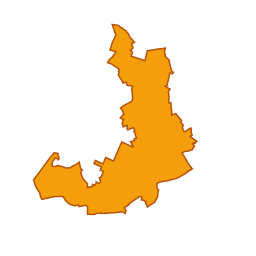 outline of Aba North, Abia, Nigeria, rotated 108°
{"feature_id": "59680162B53329994117155", "entity_name": "Aba North", "entity_type": "district", "adm_level": 2, "iso_a3": "NGA", "parent_name": "Nigeria", "parent_adm1": "Abia", "projection": "mercator", "projection_center": [7.362, 5.109], "detail": "fine", "context": "isolated", "style": "filled", "palette": "amber", "viewbox_px": 256, "rotation_deg": 108, "n_neighbors": 0, "source": "geoboundaries", "source_scale": "gbopen_adm2", "svg_char_len": 4708}
<svg xmlns="http://www.w3.org/2000/svg" viewBox="0 0 256 256"><g transform="rotate(108 128 128)"><path d="M206.6,201.8L206.8,201.5L211.0,198.7L214.0,195.8L216.6,192.3L218.0,191.3L220.2,190.0L222.5,187.8L218.5,181.2L215.9,176.6L213.2,168.7L215.9,165.4L216.2,165.3L218.5,160.3L218.4,154.4L217.7,153.4L217.2,152.3L216.8,151.2L217.9,150.4L217.4,149.6L216.0,146.9L214.6,144.4L214.6,143.9L215.0,142.9L216.0,141.8L217.4,141.4L222.4,140.0L221.9,137.8L221.0,134.4L220.4,133.1L219.3,131.8L218.7,131.2L218.0,129.9L217.1,126.1L216.3,123.6L215.6,121.8L214.9,120.4L212.9,115.1L211.5,111.9L209.9,108.7L209.5,107.7L210.0,104.2L209.4,104.3L208.5,104.4L208.0,104.4L207.5,104.4L206.9,104.5L206.6,105.0L205.6,106.0L204.6,106.9L203.8,106.0L203.6,105.7L202.3,104.7L201.0,103.6L200.5,104.2L199.6,103.5L198.9,102.8L197.0,101.6L195.4,100.3L193.0,98.4L192.2,97.6L191.2,96.9L190.8,96.6L189.8,96.5L189.6,96.2L189.6,95.6L189.5,94.5L189.2,93.4L192.3,93.0L192.0,91.8L192.0,91.2L192.1,90.1L192.5,89.0L192.5,87.9L193.6,88.1L194.1,88.2L194.7,87.3L195.7,86.2L196.2,85.8L196.6,85.6L197.2,85.2L195.9,84.3L194.4,83.1L190.6,79.9L189.9,79.6L188.1,79.3L186.0,78.8L184.3,78.6L181.8,79.1L180.1,79.6L178.8,79.8L177.6,79.6L177.0,81.0L176.2,81.7L175.2,82.2L174.1,82.6L171.5,83.2L169.1,80.2L165.5,73.3L160.3,65.5L154.2,59.9L149.6,56.5L147.0,54.2L143.1,60.0L140.9,62.0L135.0,68.9L132.8,66.9L131.5,63.8L130.7,62.7L129.0,60.9L129.1,60.4L126.5,59.7L124.7,59.1L123.4,61.8L122.4,61.2L121.5,61.0L122.1,59.5L120.7,59.1L119.4,58.3L118.1,62.7L116.7,66.5L114.9,64.8L112.7,66.5L112.0,66.8L111.0,67.0L109.5,67.6L108.6,68.1L109.4,69.0L110.4,70.0L112.3,71.2L113.2,71.9L114.1,73.5L112.6,75.2L111.4,75.9L110.1,76.5L109.3,76.6L108.3,76.3L105.9,79.8L104.7,79.2L103.6,80.5L102.4,82.4L102.3,82.7L101.2,84.5L99.4,87.0L100.6,88.7L101.4,89.6L102.0,90.1L102.3,90.2L102.0,90.5L101.5,90.7L100.0,91.1L98.8,91.5L96.8,92.5L94.1,93.7L92.5,94.2L90.6,95.2L91.1,95.9L91.4,96.5L90.8,97.0L90.2,97.5L89.4,97.8L88.4,97.8L87.0,98.4L85.5,98.7L83.6,99.5L82.2,100.3L80.9,100.9L78.1,100.0L77.4,103.2L76.8,105.6L75.9,104.5L75.4,103.7L75.0,103.7L74.3,104.0L73.8,104.2L67.7,104.7L62.5,105.2L62.8,102.7L61.1,101.9L60.6,103.6L58.0,105.7L53.2,108.6L50.5,110.1L49.8,111.8L48.0,115.3L46.9,115.0L45.7,115.9L44.6,116.9L41.7,117.1L41.2,117.1L40.4,117.3L41.3,118.7L42.1,120.3L42.7,122.1L46.3,129.0L48.6,133.5L58.7,132.6L58.7,144.2L58.8,147.2L56.7,147.2L55.3,147.2L54.4,147.2L54.1,147.9L53.1,150.1L52.4,149.4L51.4,148.4L51.0,148.1L50.5,148.5L50.3,148.4L49.9,148.2L48.9,149.2L48.4,149.5L46.8,150.6L46.6,150.6L46.3,150.3L46.3,150.0L45.3,149.1L45.2,148.8L45.0,148.6L44.4,148.3L44.5,149.3L43.4,150.1L42.5,151.5L41.7,153.1L40.7,154.6L39.8,155.5L38.5,156.4L36.7,159.2L36.3,159.6L33.5,169.2L33.7,171.5L34.0,172.4L34.5,175.0L42.4,169.0L43.6,168.2L45.0,168.4L46.0,168.5L51.6,169.3L59.4,169.2L59.2,163.0L65.3,164.8L68.3,166.7L70.1,167.2L72.2,167.6L72.1,165.7L72.2,164.0L72.4,162.9L74.3,156.2L74.7,154.5L77.3,154.4L77.7,153.5L79.2,153.8L80.9,153.4L82.0,151.9L85.3,148.0L86.8,146.5L85.0,144.0L85.7,143.3L86.2,143.0L86.8,142.4L87.6,142.2L87.5,141.0L87.1,138.9L86.9,137.7L86.9,136.5L89.3,136.5L91.7,135.7L93.4,134.8L95.2,134.0L95.8,133.8L99.5,132.6L101.1,132.5L104.3,135.4L107.4,138.5L108.3,139.0L109.8,140.3L111.1,141.4L112.2,140.1L112.7,139.3L113.4,138.4L114.7,137.4L115.6,136.6L115.8,136.2L117.1,136.9L118.3,137.4L119.4,137.9L120.3,138.3L121.0,138.4L121.3,134.9L122.3,135.2L123.9,135.2L124.7,135.0L125.7,134.8L126.6,134.0L128.1,133.2L128.4,133.0L127.8,132.3L127.2,131.6L126.0,130.0L125.9,129.9L125.8,129.6L126.8,129.3L128.7,128.7L129.9,127.8L128.2,125.8L126.1,122.9L127.5,121.7L128.2,121.0L128.5,120.7L129.5,121.4L130.7,119.9L132.0,119.0L133.6,117.9L134.6,117.2L135.0,116.8L136.5,118.8L138.0,117.9L140.3,121.3L144.0,117.4L144.3,117.3L144.6,117.6L144.7,118.3L144.4,119.2L143.8,124.4L143.2,129.6L149.4,130.3L153.6,130.6L156.9,130.9L163.9,131.6L162.9,140.0L169.9,140.7L169.5,146.0L169.2,146.3L169.0,149.0L172.4,149.3L173.2,141.1L176.6,141.4L176.8,137.9L180.2,138.2L182.2,138.4L183.1,138.7L184.2,139.9L187.3,137.6L188.3,137.6L189.2,138.1L189.7,139.5L189.2,141.5L189.9,141.2L192.2,141.7L192.7,141.9L192.5,143.3L192.5,144.3L193.0,144.4L194.0,143.7L194.8,143.9L195.7,145.9L197.3,148.1L193.4,149.4L191.0,153.7L189.5,155.7L185.5,158.8L184.7,159.0L181.8,158.7L181.7,160.3L175.5,163.8L178.0,165.6L179.9,167.3L181.3,169.0L183.7,170.6L185.2,174.5L185.1,177.0L185.2,182.9L187.4,185.7L187.6,188.7L185.8,188.9L185.1,189.2L183.2,189.2L182.1,189.1L181.4,188.6L180.3,188.3L179.5,188.3L179.2,187.9L178.9,187.0L178.9,186.2L179.6,185.1L179.9,184.8L179.4,184.2L178.0,184.4L176.8,184.9L176.3,185.4L176.2,186.0L175.7,186.2L173.9,186.6L174.2,190.5L182.7,193.8L192.5,197.0L206.6,201.8Z" fill="#f59e0b" stroke="#b45309" stroke-width="1.5"/></g></svg>